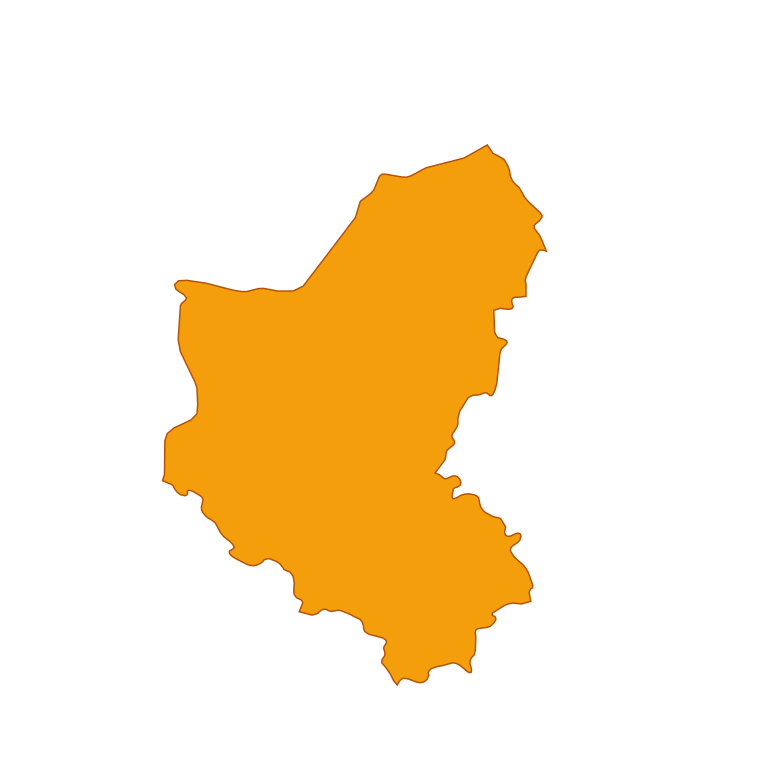 outline of Panevezio, rotated 298°
{"feature_id": "LTU-1071", "entity_name": "Panevezio", "entity_type": "County", "adm_level": 1, "iso_a3": "LTU", "parent_name": "Lithuania", "parent_adm1": "", "projection": "albers", "projection_center": [24.625, 55.918], "detail": "fine", "context": "isolated", "style": "filled", "palette": "amber", "viewbox_px": 768, "rotation_deg": 298, "n_neighbors": 0, "source": "natural_earth", "source_scale": "10m", "svg_char_len": 4119}
<svg xmlns="http://www.w3.org/2000/svg" viewBox="0 0 768 768"><g transform="rotate(298 384 384)"><path d="M373.5,152.4L378.7,154.1L383.1,161.5L389.6,180.0L396.0,206.8L398.8,214.9L401.2,219.4L409.4,228.5L411.9,232.8L416.3,246.9L423.5,260.2L432.4,266.7L491.5,276.4L517.5,280.6L534.2,277.3L546.6,283.1L550.8,283.9L565.4,282.5L568.4,283.8L570.3,287.7L575.1,302.5L577.3,307.0L580.4,310.0L594.7,319.7L602.0,327.7L621.1,348.6L643.6,363.0L638.8,371.9L638.9,379.9L638.7,384.3L637.2,387.2L634.2,391.5L631.8,394.2L626.7,398.2L623.5,402.3L622.0,406.3L620.9,411.2L614.3,421.5L612.2,427.7L608.5,441.6L607.2,444.2L605.6,445.1L601.0,444.6L596.1,442.5L594.2,442.2L592.0,443.7L588.5,451.1L586.6,454.0L577.5,465.0L577.0,462.4L576.6,461.2L576.0,459.6L575.1,458.5L572.1,457.9L545.3,459.1L541.8,460.1L538.1,462.9L528.0,468.2L523.2,461.1L522.2,459.1L520.1,457.2L517.6,457.5L515.8,458.8L513.0,461.6L511.6,461.9L510.0,461.0L508.4,458.8L506.5,454.3L505.5,451.1L500.6,446.3L481.8,457.3L480.1,459.4L478.4,462.6L479.9,469.2L479.6,472.3L478.2,473.3L475.9,473.1L470.4,471.3L467.7,471.5L465.7,471.9L437.2,483.4L430.0,484.9L426.3,485.0L424.0,484.2L423.6,482.8L424.3,478.9L423.7,477.1L420.0,473.9L418.4,472.1L416.5,468.8L415.8,467.8L412.1,465.1L411.1,464.7L395.5,463.6L388.0,465.5L383.4,468.1L379.9,468.6L372.0,467.9L369.8,468.5L368.5,469.6L367.8,471.2L366.8,472.7L364.8,474.2L362.5,473.8L355.4,470.8L352.3,471.1L348.6,472.7L345.8,473.4L329.5,470.9L329.8,476.5L329.3,478.5L328.7,481.9L330.1,483.9L335.3,488.0L336.4,490.6L336.6,492.6L335.4,495.8L333.2,498.1L330.5,498.8L327.7,497.5L326.0,495.6L324.2,494.5L316.9,496.6L315.1,498.3L315.9,500.1L318.3,502.0L321.5,503.9L324.4,506.7L326.9,510.5L328.5,516.0L328.7,518.9L327.8,521.1L323.3,524.7L320.7,527.4L318.7,531.2L318.0,535.2L318.2,542.7L318.5,544.4L318.9,545.9L319.7,547.5L319.8,550.4L314.9,558.5L310.0,560.0L308.8,560.8L307.5,562.5L307.6,564.8L309.0,567.0L313.5,570.4L315.3,572.4L315.6,574.5L314.1,576.4L310.1,577.2L307.0,576.5L301.2,573.4L298.4,572.9L295.8,574.2L293.0,579.1L291.5,583.4L289.8,591.1L288.1,595.3L285.2,600.0L276.2,609.8L273.9,610.9L271.9,609.7L270.0,609.7L268.1,610.0L261.0,615.6L254.3,608.6L251.1,600.6L248.0,596.8L244.5,593.9L232.8,587.4L231.1,587.5L230.7,589.7L230.5,591.8L228.7,593.3L225.4,593.3L220.0,591.7L217.2,588.9L214.7,585.3L211.7,581.5L209.6,580.6L206.9,581.4L204.4,583.5L192.1,589.5L187.3,590.8L183.1,589.7L179.9,590.0L177.7,591.0L173.1,595.3L170.5,596.3L169.3,595.2L169.2,592.8L170.7,586.0L171.3,582.4L171.2,578.6L169.9,575.3L162.7,567.8L160.0,564.2L155.1,559.5L152.2,558.4L149.9,558.6L147.9,560.3L143.2,560.7L139.7,559.1L137.2,556.3L136.1,552.6L135.1,544.8L134.3,541.7L133.0,538.9L131.0,537.7L129.2,537.2L124.4,536.9L126.7,531.6L127.8,530.0L130.7,526.1L134.5,518.8L136.7,513.1L139.3,511.7L144.7,512.1L147.1,511.0L150.6,507.7L152.7,507.3L155.1,507.6L157.5,507.4L159.1,505.2L159.1,501.4L155.9,488.1L156.4,483.2L158.5,480.9L161.2,479.1L163.6,476.4L165.0,473.2L164.6,466.6L164.8,463.0L163.6,452.0L162.4,449.3L158.5,444.5L157.8,441.3L157.9,439.1L157.3,437.3L156.0,435.6L152.9,433.9L150.2,433.1L146.2,429.0L143.1,416.1L152.7,415.0L153.5,414.2L154.5,412.3L154.3,409.5L154.3,406.8L156.1,403.4L159.3,401.3L166.1,398.2L171.5,394.1L173.8,389.6L173.2,383.0L174.4,380.9L176.4,376.5L176.8,372.0L176.0,365.1L174.5,362.4L172.4,360.8L170.0,360.2L167.2,358.8L164.6,356.9L162.1,353.7L160.9,350.6L160.4,347.3L160.2,335.6L160.3,333.0L160.6,330.7L161.2,328.8L161.9,327.3L163.0,326.2L164.2,326.1L165.6,326.8L167.1,327.9L168.2,328.3L169.6,328.4L171.3,325.9L172.5,322.4L174.2,313.6L176.4,308.8L182.1,300.4L182.9,296.2L183.1,291.8L183.7,288.7L185.3,284.7L186.9,282.3L189.5,280.6L197.0,278.6L198.7,276.1L199.2,272.6L199.5,265.9L199.1,262.7L197.9,260.8L196.7,260.9L194.9,262.1L193.6,262.0L191.9,260.8L190.7,256.0L191.5,251.8L193.1,248.5L195.2,245.5L195.7,242.8L195.2,240.7L194.7,233.8L201.2,232.6L230.9,217.2L238.5,215.9L246.4,219.1L261.9,230.6L269.9,232.8L278.3,229.2L292.4,220.9L297.1,216.1L300.7,211.1L317.0,189.0L326.6,181.4L335.5,177.4L357.6,167.5L360.0,167.4L365.4,169.5L367.4,169.1L369.0,165.2L369.3,160.3L370.1,155.6L373.5,152.4Z" fill="#f59e0b" stroke="#b45309" stroke-width="1.5"/></g></svg>